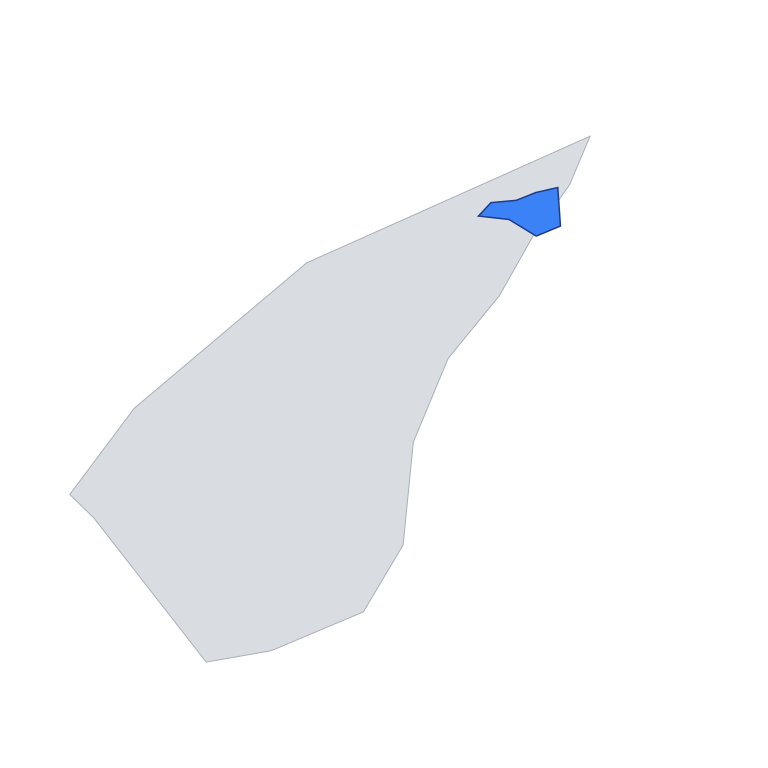 Schellenberg highlighted on a map of Liechtenstein, rotated 47°
{"feature_id": "LIE-4899", "entity_name": "Schellenberg", "entity_type": "state/province", "adm_level": 1, "iso_a3": "LIE", "parent_name": "Liechtenstein", "parent_adm1": "", "projection": "equal_earth", "projection_center": [9.531, 47.238], "detail": "fine", "context": "in_parent", "style": "filled", "palette": "blue", "viewbox_px": 768, "rotation_deg": 47, "n_neighbors": 0, "source": "natural_earth", "source_scale": "10m", "svg_char_len": 519}
<svg xmlns="http://www.w3.org/2000/svg" viewBox="0 0 768 768"><g transform="rotate(47 384 384)"><path d="M466.1,703.7L284.6,687.6L250.5,689.1L231.4,583.3L242.6,358.1L343.3,64.3L364.9,112.5L377.4,173.9L398.1,239.4L409.0,319.6L446.5,402.2L514.7,479.7L536.6,554.5L502.1,648.4L466.1,703.7Z" fill="#d9dde1" stroke="#a8b0b8" stroke-width="1"/><path d="M358.8,122.9L388.8,147.2L379.6,171.8L348.9,180.4L325.6,200.4L324.3,182.1L339.8,162.1L347.6,142.2L358.8,122.9Z" fill="#3b82f6" stroke="#1e3a8a" stroke-width="1.5"/></g></svg>